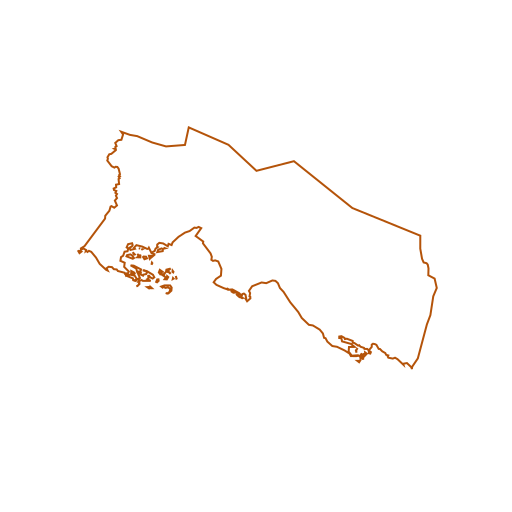 outline of Debub Deb.Keih Bahri, Debubawi Keyih Bahri, Eritrea, rotated 152°
{"feature_id": "51966322B86476524232792", "entity_name": "Debub Deb.Keih Bahri", "entity_type": "district", "adm_level": 2, "iso_a3": "ERI", "parent_name": "Eritrea", "parent_adm1": "Debubawi Keyih Bahri", "projection": "robinson", "projection_center": [42.638, 13.079], "detail": "fine", "context": "isolated", "style": "outline", "palette": "amber", "viewbox_px": 512, "rotation_deg": 152, "n_neighbors": 0, "source": "geoboundaries", "source_scale": "gbopen_adm2", "svg_char_len": 6184}
<svg xmlns="http://www.w3.org/2000/svg" viewBox="0 0 512 512"><g transform="rotate(152 256 256)"><path d="M305.7,252.7L304.5,249.1L299.6,242.8L297.7,240.8L296.5,240.6L295.6,238.8L292.7,237.7L291.7,236.3L288.2,230.9L287.5,227.3L285.9,228.8L284.3,228.5L283.5,226.6L284.6,223.1L285.3,223.3L285.1,220.2L280.9,221.2L280.2,222.7L280.7,223.4L278.6,226.0L278.6,228.5L273.6,231.1L263.5,230.0L259.7,227.2L253.0,226.7L250.5,224.9L249.4,221.7L249.9,216.5L248.5,211.4L247.5,199.0L245.0,186.7L244.7,179.8L241.6,170.4L238.4,168.0L234.3,161.1L233.3,156.2L234.3,151.8L233.2,150.8L233.2,146.9L230.9,140.7L227.1,137.8L222.1,131.0L219.2,125.9L219.2,123.1L214.5,120.5L211.9,119.7L211.3,117.5L212.0,116.2L209.9,115.8L210.0,114.2L209.0,116.1L204.0,117.7L204.9,119.6L205.2,118.8L207.3,118.9L209.3,117.7L209.6,118.9L208.2,120.3L209.5,119.8L210.2,118.1L212.6,120.5L218.2,123.0L219.1,128.1L216.6,132.0L211.7,129.5L213.4,133.8L220.1,140.2L219.2,143.4L221.0,144.5L220.3,145.8L218.2,145.1L216.3,142.1L216.5,140.9L214.6,140.3L210.5,135.6L211.3,134.0L210.0,133.0L207.9,128.9L206.8,128.8L206.3,126.8L203.8,124.2L203.9,123.1L201.4,121.7L200.8,119.7L196.5,121.4L195.4,123.4L193.9,123.6L192.4,122.4L191.4,121.0L191.3,116.4L190.2,115.7L189.3,112.6L187.4,109.6L187.5,107.7L185.9,106.1L186.9,105.4L186.9,104.1L183.4,101.2L181.0,100.9L179.5,98.5L176.9,90.8L176.7,91.8L173.0,90.6L171.1,85.0L171.4,83.0L170.1,84.9L161.2,89.6L137.2,115.4L129.8,121.9L118.4,137.2L111.4,142.9L108.9,152.2L112.9,158.1L109.5,164.1L108.4,167.8L108.8,169.6L111.0,171.6L110.7,175.6L107.5,185.4L101.4,196.8L148.4,253.1L178.0,321.9L215.6,331.0L228.1,367.1L255.0,401.1L266.6,387.4L284.0,395.0L294.4,405.0L304.6,417.6L310.4,422.1L316.7,429.0L316.3,425.7L320.3,421.8L323.2,422.9L327.2,421.9L327.5,418.5L328.8,418.5L329.4,417.0L330.7,417.2L329.7,415.9L330.0,415.3L335.8,414.1L337.8,414.7L340.8,412.9L341.1,411.4L342.5,410.1L341.3,403.0L339.5,400.5L338.1,400.7L336.6,399.7L336.3,397.6L337.7,392.1L338.9,391.7L338.7,390.3L340.0,390.4L339.9,388.7L341.2,388.5L343.1,383.8L346.1,384.7L347.2,382.3L350.0,382.4L350.4,380.9L348.8,379.0L350.5,377.8L349.6,376.0L351.4,375.0L351.5,372.4L354.6,371.2L355.0,365.9L358.5,365.2L360.2,367.9L361.2,367.9L364.2,364.8L370.2,362.3L371.7,359.9L402.8,345.2L407.1,344.9L407.7,343.5L405.0,343.8L403.2,341.1L404.0,340.2L403.4,340.3L402.9,338.7L401.1,339.0L399.5,337.0L398.0,329.7L397.7,322.4L394.8,314.1L393.8,312.8L393.8,315.3L391.2,315.7L388.4,313.8L387.7,311.1L385.3,309.5L385.0,307.6L380.0,303.0L380.1,301.5L379.6,300.6L380.0,299.8L375.2,294.0L375.8,292.3L374.3,290.6L373.6,290.5L374.2,291.6L372.0,291.3L372.3,295.6L375.9,298.6L378.9,299.2L378.3,299.6L379.5,300.7L378.8,301.5L380.0,302.2L377.2,300.8L375.6,302.0L377.5,308.3L375.1,311.7L378.0,315.4L375.7,318.4L373.2,318.6L370.0,321.5L367.2,320.5L365.3,322.5L366.2,324.3L363.4,326.5L359.4,325.4L359.8,323.5L361.1,322.7L363.9,322.7L364.0,320.3L359.5,319.2L359.7,320.6L356.5,321.7L352.0,317.7L348.7,313.3L347.2,312.9L347.0,313.4L346.7,313.6L346.9,307.5L346.4,307.0L346.0,308.0L343.1,308.0L341.2,309.7L338.6,310.0L339.0,310.6L337.8,312.5L335.2,313.0L332.1,310.7L329.3,306.0L327.5,307.8L325.4,305.3L323.2,307.2L315.4,309.3L307.7,310.0L302.9,309.2L297.1,310.0L295.3,308.7L293.0,308.6L291.3,306.3L299.9,302.0L295.8,293.5L296.9,292.1L294.9,279.6L295.4,276.0L297.2,273.6L296.3,271.9L294.1,271.3L291.9,268.9L292.6,260.8L296.2,255.1L302.0,254.5L305.7,252.7ZM367.6,287.2L360.7,283.5L362.8,286.6L361.5,286.7L360.5,289.0L359.7,288.8L359.4,286.8L357.8,284.6L355.8,284.9L355.8,287.8L359.6,294.1L360.3,294.2L360.0,292.6L361.4,291.6L364.2,292.4L365.0,291.7L366.6,293.9L365.7,295.1L368.4,296.4L368.8,291.1L371.0,291.2L370.3,289.4L371.3,288.8L368.3,288.5L367.6,287.2ZM352.1,264.5L350.9,264.1L347.0,265.1L345.3,267.7L345.6,270.3L350.6,273.0L354.0,273.5L353.3,271.9L352.0,272.1L351.0,270.4L348.4,269.6L347.0,267.1L349.3,264.8L351.9,264.6L353.1,265.7L352.1,264.5ZM368.4,297.8L365.1,296.7L363.8,298.1L368.5,304.9L371.1,306.6L367.6,301.1L368.4,297.8ZM370.5,316.5L366.1,311.4L364.7,311.5L365.2,314.9L366.2,316.4L369.5,317.3L370.5,316.5ZM341.3,305.8L336.1,304.1L334.9,305.8L335.8,307.0L339.4,307.5L341.3,305.8ZM349.1,284.7L347.4,284.2L347.8,285.8L347.2,286.4L345.9,285.9L347.4,288.9L349.5,287.1L349.1,284.7ZM372.5,297.3L371.3,297.5L371.2,298.4L373.2,301.3L374.4,299.1L372.5,297.3ZM342.8,284.4L340.8,282.9L340.3,284.4L337.3,285.0L341.5,286.0L342.8,284.4ZM356.2,308.1L356.0,305.5L353.4,305.1L353.4,307.0L355.5,308.3L356.2,308.1ZM347.6,278.4L345.7,277.2L343.4,278.6L343.9,279.9L344.5,279.0L345.3,279.5L347.6,278.4ZM350.4,306.4L351.1,303.4L347.5,304.8L350.4,306.4ZM355.7,279.2L353.6,279.8L353.1,281.2L354.2,281.7L356.3,280.0L355.7,279.2ZM361.4,310.6L358.8,309.1L357.8,310.8L358.1,311.2L361.4,310.6ZM200.8,119.7L201.9,117.1L200.9,116.2L199.7,117.2L200.8,119.7ZM410.6,343.7L410.5,341.4L408.3,341.8L409.9,343.7L410.6,343.7ZM366.7,279.6L365.6,277.5L364.2,277.4L364.8,278.8L366.7,279.6ZM214.8,113.8L213.4,114.6L215.7,115.8L214.8,113.8ZM294.3,236.1L293.2,234.2L292.1,233.7L294.0,237.2L294.3,236.1ZM347.8,283.5L346.4,280.9L346.2,282.6L345.0,283.3L347.8,283.5ZM289.9,227.5L288.8,226.6L289.9,227.8L289.9,230.0L290.4,230.6L290.6,229.9L291.2,231.9L291.0,230.3L289.9,227.5ZM371.2,288.0L372.5,286.2L374.3,285.3L372.0,286.0L371.2,288.0ZM363.1,317.2L362.9,314.4L362.3,314.3L363.1,317.2ZM209.5,127.0L212.1,125.8L212.7,123.5L211.7,125.8L209.5,127.0ZM346.5,304.4L345.1,304.7L344.8,305.3L345.2,305.6L346.5,304.4ZM362.6,296.5L361.4,295.2L360.7,295.0L361.5,296.0L362.6,296.5ZM336.5,282.2L337.2,281.2L336.8,280.4L336.3,280.8L336.5,282.2ZM339.6,275.5L340.3,274.7L339.4,274.7L339.6,275.5ZM351.0,299.0L351.7,298.2L352.3,297.3L350.9,298.4L351.0,299.0ZM336.2,276.0L336.9,273.4L336.7,273.4L336.2,276.0ZM363.4,277.5L363.6,276.7L363.0,276.4L363.4,277.5ZM340.5,282.8L340.3,281.5L339.8,280.4L340.0,282.1L340.5,282.8ZM333.3,305.6L332.5,305.4L333.7,306.7L333.3,305.6ZM355.9,317.9L354.7,316.9L355.9,317.9ZM297.5,240.7L296.5,239.3L296.1,239.3L296.5,240.1L297.5,240.7ZM288.7,226.3L288.0,225.2L287.4,225.1L288.1,226.2L288.7,226.3ZM360.3,312.8L359.6,312.3L358.9,312.2L359.6,312.7L360.3,312.8ZM353.8,316.0L353.5,315.3L353.1,315.3L353.8,316.0ZM375.8,285.5L374.8,285.1L374.5,285.3L375.8,285.5Z" fill="none" stroke="#b45309" stroke-width="2"/></g></svg>